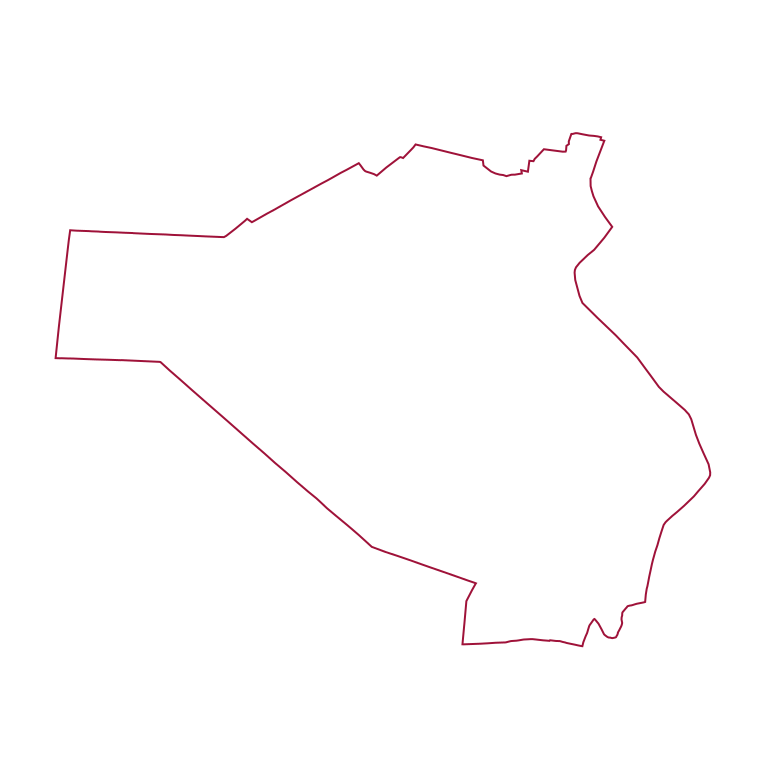 Cai Be, Tiền Giang, Vietnam, rotated 272°
{"feature_id": "81297802B56348725354679", "entity_name": "Cai Be", "entity_type": "district", "adm_level": 2, "iso_a3": "VNM", "parent_name": "Vietnam", "parent_adm1": "Tiền Giang", "projection": "natural_earth1", "projection_center": [105.923, 10.405], "detail": "fine", "context": "isolated", "style": "outline", "palette": "rose", "viewbox_px": 768, "rotation_deg": 272, "n_neighbors": 0, "source": "geoboundaries", "source_scale": "gbopen_adm2", "svg_char_len": 4285}
<svg xmlns="http://www.w3.org/2000/svg" viewBox="0 0 768 768"><g transform="rotate(272 384 384)"><path d="M549.0,606.6L558.7,599.0L569.2,591.6L569.5,591.5L578.9,586.8L584.1,585.0L589.0,583.6L596.7,583.2L597.0,583.5L603.6,585.6L613.8,588.5L634.8,595.7L635.6,591.8L638.2,592.4L638.9,588.8L639.3,585.0L639.5,580.3L640.5,573.7L641.1,570.2L641.3,569.1L641.4,567.7L641.3,566.5L640.8,564.8L640.5,563.9L640.5,562.8L640.4,562.5L632.9,560.2L630.2,560.4L628.4,558.0L623.8,557.8L622.6,557.4L622.4,554.7L624.2,535.6L617.4,529.7L616.6,529.0L614.3,526.8L611.9,525.6L612.1,522.6L612.2,521.5L601.2,520.4L602.5,513.7L599.2,514.4L597.8,507.6L597.6,504.1L597.4,503.4L596.0,499.1L597.0,495.8L597.3,492.3L598.3,488.0L600.1,483.6L605.8,475.8L611.0,475.0L612.9,464.3L616.5,447.1L617.1,444.1L621.5,423.3L623.0,414.7L623.1,414.3L623.7,411.2L624.5,407.2L621.5,405.1L619.0,402.9L610.5,395.2L611.1,393.5L611.3,392.2L610.6,391.2L600.4,378.7L592.0,369.5L593.4,366.7L594.6,362.8L595.7,358.7L596.3,357.5L597.7,356.0L601.7,352.9L603.8,351.1L596.7,339.1L593.5,333.4L588.2,324.8L585.6,320.5L582.1,314.4L567.3,289.5L564.2,284.3L555.3,269.8L555.1,269.6L554.6,268.7L550.1,261.0L542.2,248.2L541.1,246.3L544.3,241.4L542.1,239.2L534.0,230.1L526.5,221.1L525.2,218.9L525.2,216.2L525.3,200.2L525.4,193.2L525.4,192.2L525.5,182.6L525.6,176.2L525.6,168.2L525.8,160.2L525.8,152.2L525.8,144.2L525.9,135.9L526.0,128.2L526.1,127.7L526.1,119.5L526.2,111.2L526.2,106.4L526.2,102.8L526.2,99.2L526.3,94.5L526.4,93.3L526.4,86.5L526.5,83.6L526.5,77.7L526.5,71.3L526.7,65.0L517.0,64.0L507.3,63.2L430.2,57.1L418.8,56.3L398.4,54.9L398.4,59.3L398.5,60.7L398.5,66.5L398.6,72.3L398.5,83.2L398.5,88.8L398.5,93.6L398.5,95.1L398.6,107.0L398.6,113.3L398.6,118.0L398.6,119.7L398.7,121.0L398.3,158.9L398.1,159.9L390.0,169.4L380.5,181.1L371.4,192.1L361.6,204.1L354.4,213.0L345.8,223.6L337.6,233.6L328.9,244.2L320.1,254.9L310.7,266.6L301.5,277.6L292.4,289.1L283.0,300.4L273.9,311.8L267.4,320.4L265.7,322.4L264.5,323.8L257.8,331.4L250.6,340.6L241.6,352.3L232.5,363.7L220.8,377.5L216.1,391.6L212.9,402.7L209.2,414.9L204.9,428.5L202.0,437.8L198.6,448.9L193.8,464.3L190.7,474.1L188.4,481.7L188.0,482.8L187.7,482.6L180.9,479.1L169.9,473.9L147.4,472.7L144.2,472.5L137.1,472.1L126.6,471.5L126.6,472.6L127.8,489.3L128.5,497.0L129.3,504.6L130.0,514.7L130.5,516.3L131.4,519.4L131.6,520.5L132.1,525.4L132.5,527.6L133.5,532.4L133.8,535.8L134.1,539.1L134.2,541.4L134.0,544.2L133.4,551.8L133.1,558.4L133.7,558.9L133.2,564.6L133.2,566.1L133.2,568.7L133.1,569.0L133.0,569.6L132.5,571.4L132.1,573.6L132.0,574.1L131.6,575.4L130.9,579.4L130.2,583.6L129.5,587.3L129.0,590.3L128.9,591.4L129.9,591.6L132.8,592.2L138.9,594.3L142.3,595.7L145.5,596.5L149.2,597.5L150.3,598.0L152.8,599.7L155.9,601.7L156.4,602.3L156.5,602.5L156.3,602.8L155.9,603.2L154.6,604.4L153.1,605.7L152.0,606.7L146.4,610.0L141.8,612.5L141.5,612.7L141.1,613.1L140.4,614.0L138.9,616.2L138.6,617.1L138.4,617.8L138.5,618.7L138.3,619.4L138.1,620.2L138.0,621.1L138.3,622.4L138.8,624.2L139.0,624.6L139.4,624.9L140.6,625.4L141.3,625.9L142.0,626.1L142.9,626.4L143.7,626.4L145.6,627.4L147.7,628.4L148.6,628.8L149.0,629.0L149.4,629.2L150.9,629.8L152.5,630.2L152.9,630.3L153.5,630.3L154.0,630.3L154.7,630.1L156.1,629.8L156.7,629.6L157.1,629.6L157.8,629.6L158.7,629.6L159.3,629.7L159.8,629.8L160.9,630.1L161.5,630.1L162.2,630.1L162.9,630.1L163.8,630.2L164.2,630.4L164.4,630.5L166.3,632.0L168.5,633.7L168.8,634.0L169.0,634.2L170.2,635.0L170.3,635.1L170.6,635.6L171.2,637.7L171.3,638.6L171.7,640.0L172.5,642.2L173.2,644.3L173.8,646.9L174.4,649.5L174.9,651.5L175.0,651.8L175.3,652.6L182.8,653.0L188.5,653.7L191.1,654.3L194.9,654.9L200.8,655.8L206.9,656.9L213.2,658.0L218.0,659.0L220.0,659.5L225.9,660.9L232.5,662.9L239.2,664.5L245.7,666.3L251.2,667.9L252.2,668.2L252.9,668.4L255.7,670.2L257.3,671.7L262.3,676.8L266.1,681.1L272.6,688.0L282.5,697.6L288.1,702.0L295.4,708.0L301.7,712.1L304.2,713.1L307.1,713.1L310.0,712.4L315.1,711.2L326.3,705.6L335.6,701.1L338.7,699.8L344.1,697.5L359.5,692.3L364.3,689.7L366.8,687.2L368.5,685.6L373.7,679.2L386.1,663.7L390.7,658.8L401.4,650.4L408.4,644.8L419.3,636.2L432.6,622.3L440.5,614.2L457.6,595.0L471.9,579.5L478.9,576.3L494.6,571.5L501.9,570.6L504.6,570.8L507.3,571.8L512.0,575.3L520.0,583.1L525.4,589.3L537.8,599.0L549.0,606.6Z" fill="none" stroke="#9f1239" stroke-width="2"/></g></svg>